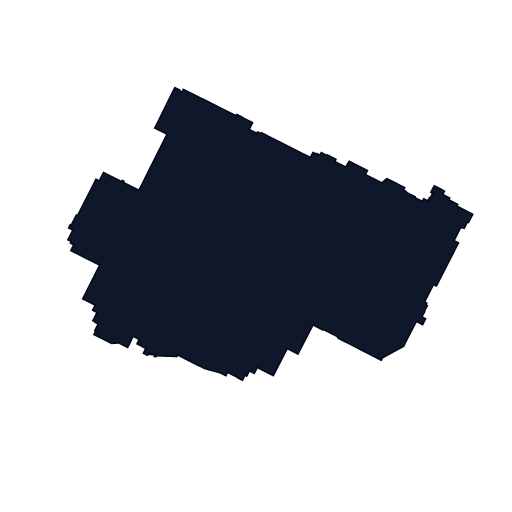 Wongan-Ballidu, Western Australia, Australia (Albers equal-area conic projection), rotated 27°
{"feature_id": "25037944B4040834169290", "entity_name": "Wongan-Ballidu", "entity_type": "district", "adm_level": 2, "iso_a3": "AUS", "parent_name": "Australia", "parent_adm1": "Western Australia", "projection": "albers", "projection_center": [116.851, -30.731], "detail": "fine", "context": "isolated", "style": "filled", "palette": "ink", "viewbox_px": 512, "rotation_deg": 27, "n_neighbors": 0, "source": "geoboundaries", "source_scale": "gbopen_adm2", "svg_char_len": 4599}
<svg xmlns="http://www.w3.org/2000/svg" viewBox="0 0 512 512"><g transform="rotate(27 256 256)"><path d="M107.2,142.8L107.2,143.1L107.3,155.1L107.7,185.7L107.6,188.0L110.6,188.0L115.4,187.9L115.5,187.9L120.3,187.9L120.8,187.9L121.0,188.0L121.2,188.3L121.4,188.6L121.4,194.1L121.5,200.0L121.5,209.7L121.6,220.2L121.6,226.3L121.8,244.1L121.8,245.7L121.8,247.8L121.8,248.1L121.9,250.5L108.0,250.6L104.5,250.6L104.4,249.3L102.6,249.3L102.6,250.7L98.6,250.7L88.3,250.8L84.4,250.8L82.2,250.8L82.2,258.9L82.4,259.4L82.4,260.2L79.5,260.2L78.5,260.2L78.6,265.1L78.6,277.6L78.6,281.5L78.6,286.0L78.6,287.8L78.6,291.0L78.6,300.6L78.6,300.8L77.8,300.8L77.7,300.8L77.3,301.0L77.3,307.6L77.3,310.2L77.3,312.4L76.3,312.4L76.3,313.1L76.3,314.1L76.3,315.8L76.3,316.1L81.0,316.0L81.0,327.0L84.8,327.0L84.8,328.8L88.5,328.8L88.5,335.3L88.9,335.3L102.4,335.2L103.6,335.2L103.6,335.3L107.5,335.2L111.6,335.2L115.2,335.2L120.8,335.1L121.0,365.3L121.0,372.9L135.0,372.8L135.0,378.5L139.9,378.5L139.9,380.0L140.0,383.4L140.0,384.4L140.0,384.7L140.0,385.4L140.0,386.3L139.9,387.3L139.9,387.7L142.5,387.6L142.5,388.2L146.2,388.2L146.2,391.9L146.2,392.6L146.2,395.6L147.1,395.7L147.2,399.6L153.9,399.5L154.0,399.5L161.9,399.5L167.1,399.5L173.1,395.8L177.0,395.8L183.1,395.8L183.2,392.6L183.1,385.2L182.8,385.2L182.8,383.4L189.7,383.4L189.8,388.3L196.7,388.3L196.7,388.5L199.7,388.5L199.8,393.8L204.3,393.8L204.3,392.8L205.8,392.1L205.3,391.1L205.5,391.1L206.0,392.0L208.0,391.1L208.5,390.9L209.9,390.1L210.1,390.1L210.8,391.8L211.0,391.8L211.3,391.7L211.8,391.5L212.3,391.2L212.8,391.0L212.8,390.9L212.5,390.1L218.0,387.6L220.5,386.5L220.5,386.4L221.7,385.9L221.8,385.8L227.2,383.3L231.2,381.5L231.2,379.8L235.0,379.8L238.8,379.8L239.0,379.8L244.2,379.8L250.9,379.8L254.8,379.8L254.9,379.7L257.0,379.6L261.4,379.6L277.2,376.4L282.2,376.4L283.5,376.4L283.5,372.6L292.3,372.6L295.3,372.6L295.3,372.9L300.4,372.9L300.4,367.3L302.3,367.3L302.3,361.4L306.6,361.4L307.8,361.4L307.8,354.8L316.3,354.8L325.8,354.8L325.8,349.0L325.8,341.8L325.9,324.3L337.9,324.4L338.0,307.0L338.0,306.8L338.0,304.8L338.1,291.6L339.4,291.6L347.3,291.6L348.5,291.6L348.9,291.6L349.1,291.5L349.4,291.4L349.6,291.2L349.8,291.1L350.0,291.0L350.3,290.9L350.5,290.9L355.3,290.9L364.5,290.9L364.9,290.9L365.1,290.9L365.3,291.0L365.6,291.3L365.8,291.6L366.0,291.7L366.1,291.8L366.4,291.9L366.6,291.9L366.7,292.0L375.4,292.0L375.8,291.9L382.5,291.9L388.9,292.0L397.8,292.0L400.3,292.0L402.5,292.0L415.0,292.1L415.0,289.7L415.1,289.4L415.2,289.2L415.3,288.9L422.8,277.8L424.3,275.7L425.4,274.0L426.5,272.5L426.9,271.9L428.6,269.4L428.5,266.5L428.5,265.0L428.5,253.5L428.6,244.4L428.6,241.5L435.7,241.6L435.7,234.9L433.6,234.9L432.9,234.9L431.5,234.9L431.6,229.7L431.6,229.3L431.6,229.2L431.6,228.9L431.5,228.7L431.4,228.6L431.2,228.5L431.2,228.4L431.1,225.8L431.2,225.7L431.2,222.3L429.6,222.3L429.6,220.4L427.1,220.4L427.1,209.2L427.1,200.9L430.4,200.9L430.4,176.5L430.5,162.8L430.5,162.7L430.5,161.5L430.4,161.5L430.5,152.3L425.5,152.3L425.5,152.2L425.5,137.8L426.6,137.4L427.0,137.3L428.5,137.0L429.0,136.8L429.0,136.6L428.9,129.8L429.1,129.8L430.1,129.8L430.2,123.3L430.2,120.4L422.8,120.4L412.3,120.3L412.3,118.4L402.4,118.4L402.3,116.4L394.5,116.3L394.5,112.6L392.6,112.6L392.4,112.6L392.2,112.8L392.1,112.7L391.7,112.5L382.9,112.4L382.8,119.9L384.9,119.9L384.9,125.3L384.0,125.3L384.0,128.8L383.9,128.8L379.4,128.8L379.3,131.8L371.3,131.8L370.9,130.9L370.7,130.9L362.7,131.0L360.5,130.9L360.5,130.3L357.5,130.3L357.5,127.5L352.7,127.6L347.9,127.5L337.4,127.6L335.5,132.2L335.5,133.6L325.8,133.7L323.2,133.7L316.5,133.7L316.5,129.2L306.3,129.2L296.0,129.2L296.0,129.5L296.0,130.0L295.9,130.9L295.8,131.6L295.7,132.4L295.7,133.2L295.7,133.8L295.6,134.7L295.5,135.5L295.5,136.0L283.4,136.0L283.4,133.5L278.8,133.5L273.6,133.5L273.6,134.2L267.2,134.2L267.2,137.0L263.5,137.1L263.5,137.8L259.8,137.8L259.8,138.0L259.7,140.3L259.7,142.5L259.7,142.8L259.6,143.1L259.5,143.5L256.8,143.5L253.6,143.5L250.9,143.6L250.3,143.6L248.0,143.6L245.3,143.6L244.1,143.6L242.2,143.6L239.0,143.6L235.7,143.6L232.8,143.6L229.8,143.6L226.7,143.6L223.9,143.6L221.0,143.7L218.3,143.6L216.0,143.7L213.3,143.7L213.1,143.7L211.0,143.6L206.7,143.6L206.2,143.6L204.8,143.7L204.8,144.7L201.1,144.7L201.1,146.3L198.1,146.3L196.6,146.3L192.5,146.3L192.5,143.5L192.5,143.2L192.5,138.9L192.4,138.7L186.7,138.8L180.7,138.8L180.7,138.5L174.6,138.5L174.5,140.0L167.8,140.1L161.6,140.2L156.5,140.2L154.3,140.2L146.9,140.2L138.6,140.2L134.9,140.4L125.3,140.4L120.1,140.5L115.5,140.5L115.6,143.6L112.8,143.7L112.8,142.7L107.2,142.8Z" fill="#0f172a" stroke="#020617" stroke-width="1.5"/></g></svg>